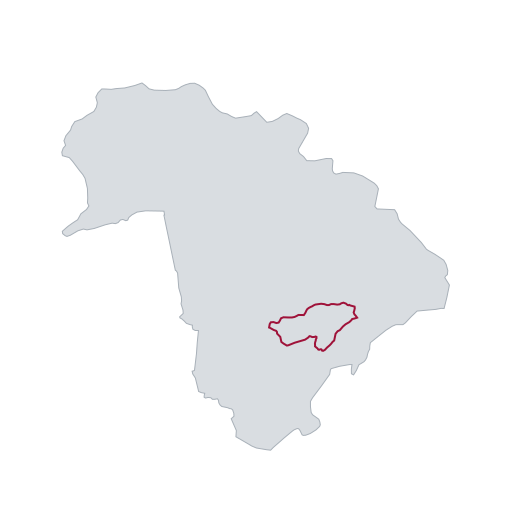 location of Gnagna within Burkina Faso, rotated 79°
{"feature_id": "BFA-2874", "entity_name": "Gnagna", "entity_type": "Province", "adm_level": 1, "iso_a3": "BFA", "parent_name": "Burkina Faso", "parent_adm1": "", "projection": "equal_earth", "projection_center": [0.073, 12.904], "detail": "fine", "context": "in_parent", "style": "outline", "palette": "rose", "viewbox_px": 512, "rotation_deg": 79, "n_neighbors": 0, "source": "natural_earth", "source_scale": "10m", "svg_char_len": 4439}
<svg xmlns="http://www.w3.org/2000/svg" viewBox="0 0 512 512"><g transform="rotate(79 256 256)"><path d="M376.8,338.2L364.2,338.8L359.7,340.6L356.9,340.7L356.8,339.2L356.5,338.2L340.6,333.1L329.5,330.1L318.2,326.7L317.5,329.9L315.9,331.9L313.5,332.1L311.8,331.6L310.7,334.0L308.8,337.2L306.2,338.8L303.6,340.8L302.2,342.5L301.1,342.5L298.5,338.4L295.1,338.0L288.7,338.7L285.8,337.6L281.9,337.1L272.6,337.9L257.7,336.2L255.3,337.1L254.6,337.9L239.9,338.1L223.7,338.3L210.2,338.5L198.3,338.6L198.3,337.9L194.5,337.8L194.1,339.2L190.6,355.6L190.2,364.5L192.0,370.1L194.0,373.6L196.3,375.1L196.5,377.1L194.7,379.7L194.8,382.3L196.9,385.0L197.4,387.9L196.3,390.9L196.6,398.1L198.1,409.5L198.1,416.9L196.6,420.3L197.3,426.1L200.2,434.3L200.7,437.8L199.7,439.4L197.2,441.5L194.8,441.4L191.9,436.5L190.7,434.3L188.4,429.2L186.4,424.2L183.8,422.0L181.2,419.9L178.0,413.5L175.0,410.5L171.7,411.3L167.0,410.1L157.5,408.6L147.2,409.0L142.9,410.5L138.7,412.8L128.0,418.0L123.8,420.5L120.6,426.9L117.0,426.8L113.4,424.7L111.1,421.8L106.2,422.5L101.6,419.6L97.0,414.0L93.7,412.2L89.5,408.2L88.3,400.5L85.7,395.1L83.2,387.6L79.5,384.3L75.3,382.5L69.4,382.9L65.6,379.9L62.6,375.5L63.4,371.7L64.8,366.3L65.0,361.2L66.0,352.8L65.5,342.3L64.4,334.9L67.7,331.9L71.5,329.1L73.8,324.2L76.3,313.0L77.4,303.4L76.7,299.8L75.5,297.0L74.5,292.8L74.0,287.7L74.7,283.3L77.5,279.2L81.1,275.8L83.6,274.1L90.3,272.4L98.7,269.9L103.5,267.0L107.1,264.1L109.0,261.8L111.1,257.1L114.3,253.5L116.8,249.8L117.2,239.6L117.3,233.8L115.4,230.6L114.4,227.9L126.8,219.9L127.0,214.3L125.3,208.0L122.9,202.9L122.0,198.6L125.5,193.4L128.5,189.6L130.7,186.3L135.6,181.3L140.7,180.0L145.3,181.9L158.7,193.6L161.1,194.4L163.9,193.5L167.4,190.4L172.1,188.0L173.8,180.1L173.7,168.5L174.8,163.2L177.2,162.3L185.0,164.5L187.0,164.6L189.3,163.9L190.9,161.9L190.9,158.1L190.5,154.8L193.1,144.1L197.8,136.1L207.1,126.0L210.1,124.0L213.4,123.0L230.1,129.9L232.9,128.2L237.0,111.1L241.5,109.4L247.0,109.1L250.5,107.7L252.4,106.5L260.3,100.0L274.4,91.1L281.9,87.4L283.4,85.9L288.8,79.7L296.0,72.5L300.5,71.0L306.8,70.5L310.8,71.7L311.9,73.7L313.2,74.8L321.4,71.7L333.2,76.6L343.4,81.4L342.7,84.4L342.7,89.7L341.8,98.2L340.8,108.4L345.0,115.0L350.1,122.1L351.4,124.8L350.1,131.8L351.0,135.9L353.7,142.7L358.2,151.4L362.9,160.3L366.1,161.5L369.2,162.2L371.1,163.8L373.8,165.3L376.5,166.4L378.9,168.3L380.4,170.2L382.4,175.7L387.6,179.4L391.3,182.9L389.8,184.8L385.3,184.0L380.9,182.5L380.4,185.1L380.2,195.2L380.9,203.6L381.9,204.7L386.3,206.3L396.6,217.2L406.0,227.6L409.1,230.3L414.3,231.3L420.1,231.7L422.6,230.8L428.2,225.5L431.2,225.0L433.9,225.1L435.4,226.0L438.1,230.2L440.6,236.6L441.4,241.4L441.1,243.9L440.3,244.9L435.7,246.1L433.7,247.1L433.2,248.5L433.9,251.7L434.8,253.7L439.9,263.0L447.2,275.5L449.4,278.7L448.2,282.5L444.5,292.3L441.8,296.3L429.6,310.2L423.6,308.6L411.0,311.4L409.1,308.2L406.2,307.8L402.5,308.3L401.2,309.5L400.8,310.9L399.5,312.8L397.2,318.3L395.4,319.7L393.1,320.5L390.4,320.4L388.8,321.1L388.8,323.9L388.3,326.2L386.5,327.4L385.7,330.1L385.8,332.7L384.7,333.9L382.4,333.2L381.0,332.5L379.6,335.9L378.0,338.2L376.8,338.2Z" fill="#d9dde1" stroke="#a8b0b8" stroke-width="1"/><path d="M328.7,256.8L325.4,255.5L323.9,254.1L324.2,251.4L325.7,248.8L325.7,246.5L323.9,244.8L321.9,243.3L321.4,240.7L322.7,235.2L323.2,232.3L323.2,229.8L322.6,227.4L322.2,226.4L322.0,225.4L323.1,220.3L321.2,218.4L319.1,216.9L318.0,215.9L317.1,214.2L316.4,212.0L316.2,210.8L315.4,208.7L315.0,207.0L315.3,201.2L316.3,198.1L317.7,195.7L318.1,193.8L317.5,191.4L318.0,188.9L319.2,185.6L319.4,183.0L318.7,181.3L318.5,179.1L319.9,176.8L321.6,175.5L322.0,174.4L321.8,173.8L322.6,172.8L323.7,170.5L324.5,168.9L326.1,169.0L328.2,169.9L330.0,170.9L332.1,170.5L333.5,169.6L335.8,168.5L336.0,169.7L336.2,171.8L336.2,173.6L337.1,174.5L338.7,177.0L340.1,181.1L341.8,184.1L344.8,187.9L345.4,190.2L347.5,192.7L353.9,195.4L354.9,197.2L356.4,198.9L357.7,200.7L359.4,203.7L361.3,206.3L361.9,208.2L361.5,209.2L360.8,209.4L360.5,209.4L360.1,209.7L359.9,210.2L359.9,210.9L360.1,212.0L359.6,212.8L358.6,213.2L357.8,213.8L356.9,214.6L355.9,215.3L354.8,215.0L353.4,214.9L352.0,214.4L350.4,213.5L349.3,213.2L348.2,212.3L346.9,212.1L346.4,212.9L346.6,214.3L346.3,216.3L345.2,217.9L344.9,218.8L346.1,220.5L347.5,223.8L348.5,234.5L349.8,241.3L349.8,242.8L347.2,245.7L345.2,247.5L340.0,247.6L336.2,250.1L334.6,249.9L333.3,250.5L332.0,252.7L329.1,256.1L328.7,256.8Z" fill="none" stroke="#9f1239" stroke-width="2"/></g></svg>